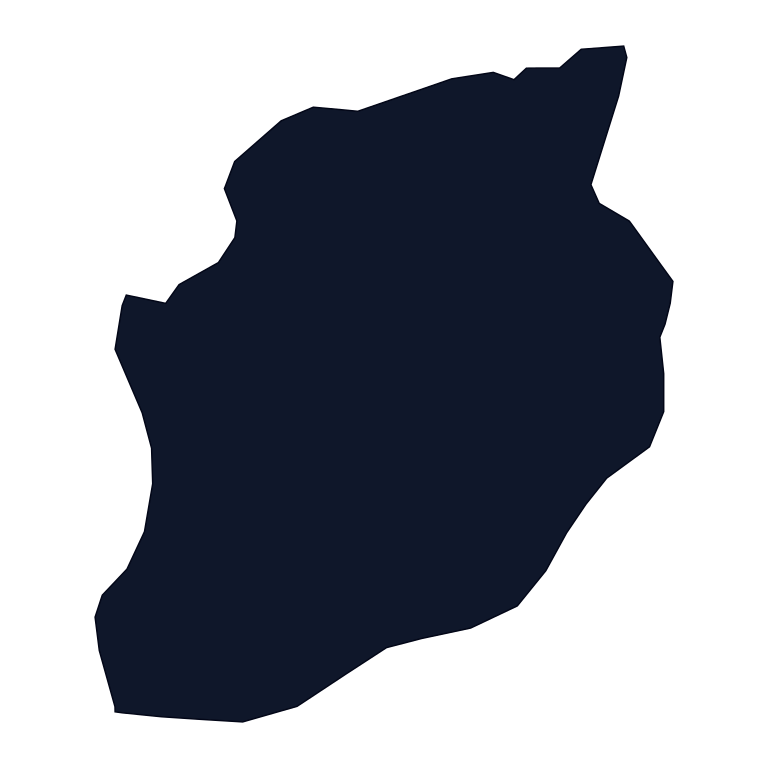 outline of Kalima, Maniema, Democratic Republic of the Congo
{"feature_id": "63176286B20601319898864", "entity_name": "Kalima", "entity_type": "district", "adm_level": 2, "iso_a3": "COD", "parent_name": "Democratic Republic of the Congo", "parent_adm1": "Maniema", "projection": "albers", "projection_center": [26.556, -2.511], "detail": "fine", "context": "isolated", "style": "filled", "palette": "ink", "viewbox_px": 768, "rotation_deg": 0, "n_neighbors": 0, "source": "geoboundaries", "source_scale": "gbopen_adm2", "svg_char_len": 911}
<svg xmlns="http://www.w3.org/2000/svg" viewBox="0 0 768 768"><path d="M115.1,711.8L122.3,712.8L161.1,716.7L200.0,719.3L242.7,721.9L297.1,706.3L346.4,673.7L386.5,647.6L421.5,638.5L470.7,628.0L517.3,605.9L545.8,570.7L566.6,532.8L586.0,504.1L606.7,478.1L649.5,446.8L663.7,411.6L663.7,373.7L659.8,337.2L665.0,324.2L670.2,303.3L672.9,281.4L661.0,265.0L631.3,223.8L629.3,221.1L599.2,203.4L590.9,184.7L609.2,126.1L618.6,96.1L626.8,57.5L623.7,46.1L581.2,49.3L559.6,68.1L537.1,68.1L526.4,68.2L514.0,79.7L493.3,72.4L480.5,74.4L451.9,78.8L357.8,111.3L342.2,109.8L313.3,107.2L281.2,120.8L234.7,161.5L225.5,185.9L224.4,188.6L236.9,220.9L234.9,237.6L218.4,262.6L179.1,284.6L175.8,289.2L165.7,303.4L126.3,295.1L122.2,305.6L115.1,349.3L142.2,412.8L151.6,448.2L152.7,483.7L144.5,531.6L143.0,534.9L127.0,569.1L102.3,595.2L95.1,617.1L99.3,650.5L115.0,706.7L115.1,711.8Z" fill="#0f172a" stroke="#020617" stroke-width="1.5"/></svg>